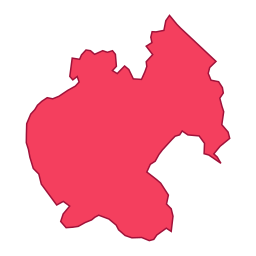 Ivorá, Rio Grande do Sul, Brazil
{"feature_id": "56859067B71259707194731", "entity_name": "Ivorá", "entity_type": "district", "adm_level": 2, "iso_a3": "BRA", "parent_name": "Brazil", "parent_adm1": "Rio Grande do Sul", "projection": "robinson", "projection_center": [-53.578, -29.511], "detail": "fine", "context": "isolated", "style": "filled", "palette": "rose", "viewbox_px": 256, "rotation_deg": 0, "n_neighbors": 0, "source": "geoboundaries", "source_scale": "gbopen_adm2", "svg_char_len": 1401}
<svg xmlns="http://www.w3.org/2000/svg" viewBox="0 0 256 256"><path d="M229.7,138.4L228.1,132.1L221.8,124.7L223.7,111.7L221.9,106.2L219.8,98.2L223.3,93.0L222.4,87.6L218.6,81.7L211.0,80.2L208.2,73.4L209.7,67.5L216.0,61.4L180.3,27.9L176.9,24.4L169.5,15.4L165.8,20.7L163.9,30.4L156.0,31.9L152.1,31.7L150.8,37.2L151.9,42.6L146.2,46.2L152.7,54.6L146.2,61.7L146.8,66.5L144.9,71.8L141.5,79.4L133.3,78.9L128.8,69.5L124.6,66.0L117.2,73.6L112.4,70.6L116.4,66.3L115.4,54.3L112.5,50.7L107.4,52.3L102.7,50.7L94.6,54.3L90.5,50.7L86.0,50.0L81.5,54.9L79.6,59.3L72.2,58.1L69.8,76.4L72.8,79.9L77.2,76.5L79.1,82.0L75.4,86.1L67.7,90.4L58.9,96.3L52.7,98.8L47.2,97.7L41.8,101.3L37.5,105.2L34.8,109.7L30.8,114.0L26.7,123.7L26.4,134.3L26.3,142.7L28.4,149.3L29.9,157.2L33.3,168.5L38.8,174.0L41.3,184.1L56.7,205.0L63.3,201.4L69.7,206.1L63.2,213.9L60.7,221.5L66.1,227.7L72.7,227.2L78.2,226.4L85.2,222.5L91.6,219.9L94.9,217.2L98.7,215.2L108.9,219.0L116.2,225.1L118.6,229.8L125.1,235.5L131.8,237.8L141.7,237.5L149.3,240.6L153.8,239.4L156.8,235.0L166.3,228.2L171.2,231.4L173.0,216.2L171.2,208.8L166.5,204.0L168.4,195.1L160.7,183.2L156.8,179.8L146.8,172.0L150.3,164.3L155.2,161.2L158.9,154.5L162.2,150.1L171.7,139.7L175.1,136.2L179.6,134.9L182.2,131.0L187.9,134.9L199.1,135.9L204.5,143.3L204.1,153.7L208.8,155.0L220.9,163.3L217.2,157.0L213.8,153.9L220.0,146.3L229.7,138.4Z" fill="#f43f5e" stroke="#9f1239" stroke-width="1.5"/></svg>